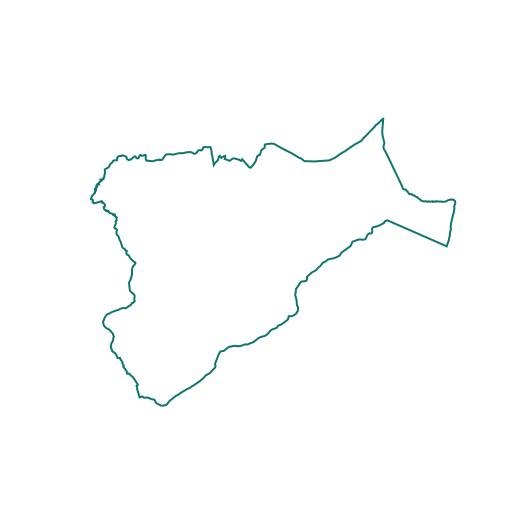 Susa, Cundinamarca, Colombia, rotated 21°
{"feature_id": "7082276B26676280145187", "entity_name": "Susa", "entity_type": "district", "adm_level": 2, "iso_a3": "COL", "parent_name": "Colombia", "parent_adm1": "Cundinamarca", "projection": "albers", "projection_center": [-73.846, 5.439], "detail": "fine", "context": "isolated", "style": "outline", "palette": "teal", "viewbox_px": 512, "rotation_deg": 21, "n_neighbors": 0, "source": "geoboundaries", "source_scale": "gbopen_adm2", "svg_char_len": 6079}
<svg xmlns="http://www.w3.org/2000/svg" viewBox="0 0 512 512"><g transform="rotate(21 256 256)"><path d="M325.6,82.3L325.1,82.6L322.4,88.8L321.0,90.7L320.6,92.4L314.5,106.8L314.2,107.0L313.1,110.7L307.8,117.0L301.3,126.5L297.8,130.9L294.7,135.8L290.1,140.5L278.7,145.8L278.3,146.2L267.2,150.1L262.9,148.7L261.5,148.9L252.6,147.3L243.4,146.4L232.8,144.9L231.0,145.2L228.6,146.2L224.5,148.6L224.3,149.0L225.2,151.5L225.1,152.1L223.4,154.8L223.1,155.7L223.4,160.3L221.7,161.6L221.4,163.0L221.7,167.6L220.8,171.6L219.5,175.4L218.0,175.6L217.1,175.2L208.5,170.6L208.4,172.0L208.0,172.6L205.6,172.1L204.9,172.3L201.7,172.5L199.7,173.1L199.2,173.5L197.3,176.6L192.1,176.6L192.1,175.5L191.3,173.6L189.4,175.4L188.5,176.7L187.5,176.3L186.4,175.4L185.9,176.1L185.7,176.9L186.0,177.8L186.0,180.3L184.3,184.2L184.0,186.1L178.8,177.4L177.9,176.4L177.4,174.9L176.0,172.5L175.1,171.4L174.3,170.7L172.2,171.7L169.0,172.7L167.9,173.5L167.9,175.4L167.4,176.9L164.9,177.6L164.3,178.2L163.7,180.4L162.5,182.4L161.3,182.8L158.9,182.3L157.1,182.6L153.6,184.3L151.3,186.1L147.6,187.5L144.8,189.2L142.5,191.0L139.3,191.8L136.0,193.2L135.5,193.8L135.0,195.0L134.0,199.7L132.7,200.6L132.0,200.6L131.6,200.4L131.1,201.1L129.6,201.6L125.5,204.6L119.3,206.2L118.1,204.6L117.1,201.6L116.4,201.2L115.0,202.5L114.1,202.9L113.6,203.4L112.1,203.1L111.6,203.3L111.3,204.4L111.2,206.7L110.6,207.4L109.3,207.4L107.9,206.3L107.1,206.4L106.6,206.8L105.4,209.5L103.1,212.1L100.9,211.7L100.5,211.4L99.8,210.3L98.9,209.8L96.2,209.8L94.9,210.0L94.3,211.1L92.6,211.6L91.8,212.4L91.2,213.9L91.8,216.4L88.7,217.9L88.2,220.3L86.8,222.9L86.9,224.7L86.7,225.8L83.9,229.3L83.9,230.0L84.9,231.6L85.4,232.9L85.4,234.6L86.1,236.6L85.5,238.1L86.1,238.6L85.4,239.8L84.7,240.1L84.1,240.0L84.0,240.5L83.5,240.6L83.8,241.1L84.5,241.1L84.7,241.4L83.2,243.2L83.1,243.8L83.4,244.5L82.8,244.8L82.1,246.0L83.0,246.1L82.4,246.5L82.7,248.3L82.0,248.5L82.2,248.8L82.6,248.7L82.7,249.1L81.5,251.2L81.9,251.7L82.7,251.2L82.9,251.3L83.1,252.4L82.7,251.9L82.4,252.5L82.9,253.1L82.5,253.5L82.6,253.9L83.1,254.8L82.6,255.3L81.4,259.0L81.5,262.2L82.7,262.0L83.7,262.4L84.3,263.6L84.2,264.4L85.6,264.8L86.7,264.4L92.3,260.1L93.1,260.6L93.1,261.3L93.7,261.3L94.3,261.0L96.6,262.3L97.1,263.7L96.7,264.3L96.8,264.6L96.4,264.9L96.6,265.1L96.5,265.5L97.4,266.6L98.5,267.2L98.9,267.0L99.2,267.4L101.0,267.8L101.1,267.6L100.8,267.0L102.1,266.8L103.8,268.3L106.9,268.0L108.2,269.0L108.6,268.8L108.8,267.9L109.1,267.7L110.0,268.8L110.2,269.6L112.1,269.8L111.9,270.3L113.1,272.2L112.6,274.0L113.5,275.9L113.5,280.2L114.6,280.9L115.8,280.8L116.7,281.2L117.0,281.8L117.1,283.8L118.3,285.9L120.7,287.0L122.1,289.0L124.6,291.3L128.2,295.9L128.9,296.2L130.5,296.4L132.1,297.4L133.5,297.5L133.8,299.6L134.8,300.9L136.5,301.0L137.2,301.2L139.8,303.4L143.4,304.8L145.7,305.4L146.0,305.8L145.8,307.3L144.9,309.9L144.8,310.8L145.3,313.8L146.9,317.5L147.4,322.5L147.0,326.5L150.7,333.5L151.3,333.9L155.6,335.5L156.8,336.4L157.3,337.6L157.7,339.7L159.0,341.9L158.0,343.8L156.9,344.5L156.9,346.2L154.8,348.9L153.9,350.5L152.7,351.7L150.6,352.1L148.9,353.4L146.4,356.0L143.2,358.4L140.4,361.2L139.9,362.1L138.5,363.2L137.9,364.0L137.3,365.1L136.8,368.6L136.9,370.7L136.7,371.9L137.1,372.9L139.0,375.6L142.1,377.0L145.9,377.4L147.4,378.4L150.1,379.7L151.6,381.7L152.2,382.2L152.4,382.6L152.1,383.8L152.7,385.5L152.8,386.7L152.3,389.7L152.7,392.3L153.5,392.9L153.7,394.2L154.7,394.7L155.8,396.3L159.3,397.2L161.6,399.0L163.1,400.7L163.6,400.8L165.6,399.9L166.7,401.4L167.8,401.7L168.7,402.7L169.3,402.9L170.0,404.4L171.8,405.7L172.0,406.1L171.7,406.8L171.9,407.3L173.6,408.0L176.4,409.7L177.6,412.0L178.1,412.0L179.5,411.2L180.0,411.2L180.1,411.7L184.8,413.3L191.8,418.4L191.8,419.0L191.0,419.9L192.0,421.2L192.7,422.8L198.0,429.7L199.9,428.0L200.6,427.9L201.4,428.3L202.3,428.4L204.5,427.4L206.4,426.9L210.0,427.1L211.7,426.6L213.0,426.8L215.1,428.7L216.3,429.2L220.8,429.7L222.7,429.1L225.7,427.1L227.3,422.2L231.5,415.1L233.1,413.5L234.4,411.3L239.1,405.2L241.4,403.0L242.1,401.7L245.3,397.5L248.2,393.3L250.7,388.8L251.7,385.8L255.0,381.8L255.7,379.5L257.8,374.9L257.6,373.0L256.4,371.6L256.4,360.6L257.0,357.8L259.9,356.2L262.1,352.3L264.2,349.9L268.5,347.4L271.7,346.7L274.5,345.0L277.6,342.3L279.7,341.8L281.5,339.9L284.3,337.5L288.0,331.4L289.6,329.8L292.4,327.9L293.4,326.8L294.8,324.7L295.9,321.3L297.3,318.9L301.1,315.6L301.4,315.0L301.5,313.4L301.9,312.8L303.6,311.4L305.6,308.8L307.6,305.6L308.4,303.9L308.6,302.7L308.1,300.9L308.2,300.5L311.1,299.3L313.3,296.9L314.3,294.8L314.6,291.9L313.8,289.0L311.7,287.1L310.0,283.2L308.2,280.5L306.8,278.9L306.4,277.7L306.0,275.3L305.4,273.6L305.2,272.2L306.2,268.8L306.8,265.3L307.5,263.9L308.2,263.2L310.4,262.2L311.9,261.1L311.9,259.5L311.1,257.1L311.5,256.2L314.4,250.8L316.1,249.1L317.5,247.0L318.2,244.6L319.6,242.4L320.3,239.8L321.3,237.7L322.4,236.9L324.4,233.6L326.3,232.0L328.8,230.7L331.0,228.9L334.1,225.5L334.2,223.5L334.7,222.0L340.8,212.7L340.9,208.5L341.2,207.9L345.8,203.9L347.4,203.2L349.9,202.5L351.7,201.5L352.3,200.6L352.4,196.5L353.0,195.3L353.5,194.4L355.1,193.8L355.8,193.3L356.0,192.8L355.8,191.3L354.5,189.3L354.8,187.5L355.5,186.7L357.5,185.6L360.4,183.1L363.6,179.4L363.8,177.5L365.9,175.6L430.6,178.6L430.4,175.7L430.5,173.6L430.3,173.0L430.4,172.4L429.9,170.2L429.7,167.4L429.3,166.8L428.5,163.3L428.6,161.5L427.4,159.5L426.4,155.6L425.2,146.9L425.1,144.5L424.6,143.1L424.4,141.2L423.1,137.9L423.3,135.9L422.4,133.7L421.9,133.3L420.1,132.6L419.0,133.1L417.9,133.3L415.5,134.9L413.9,136.8L412.0,138.1L410.9,138.5L409.9,138.6L407.4,139.6L405.5,140.0L404.5,140.8L404.0,140.6L402.8,141.5L402.0,141.6L402.0,142.0L401.6,142.1L400.9,141.8L399.1,142.9L397.8,143.0L396.6,144.1L395.2,143.9L392.9,145.0L391.4,145.0L390.6,145.2L389.5,144.6L385.9,143.7L385.3,143.2L384.4,143.4L382.8,143.1L381.9,142.7L380.9,143.1L379.0,142.4L378.6,142.8L377.6,142.9L377.2,143.3L376.8,143.2L375.0,141.9L374.5,141.8L374.3,141.5L373.2,141.2L372.1,140.3L371.3,140.7L369.3,140.6L365.9,137.1L341.1,113.6L337.0,110.2L335.8,108.5L335.4,104.6L331.2,98.5L329.2,94.6L325.6,82.3Z" fill="none" stroke="#0f766e" stroke-width="2"/></g></svg>